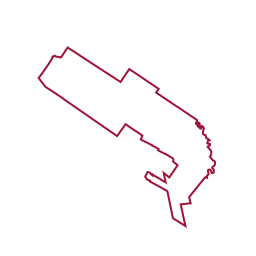 Storobaneasa, Teleorman, Romania (Robinson projection), rotated 214°
{"feature_id": "2599482B47254349291788", "entity_name": "Storobaneasa", "entity_type": "district", "adm_level": 2, "iso_a3": "ROU", "parent_name": "Romania", "parent_adm1": "Teleorman", "projection": "robinson", "projection_center": [25.498, 43.896], "detail": "fine", "context": "isolated", "style": "outline", "palette": "rose", "viewbox_px": 256, "rotation_deg": 214, "n_neighbors": 0, "source": "geoboundaries", "source_scale": "gbopen_adm2", "svg_char_len": 5208}
<svg xmlns="http://www.w3.org/2000/svg" viewBox="0 0 256 256"><g transform="rotate(214 128 128)"><path d="M223.0,161.0L223.0,160.9L223.0,160.2L223.0,158.9L223.1,158.2L223.1,156.8L223.1,155.8L223.0,154.6L223.0,153.8L223.0,153.4L223.0,152.8L223.0,152.6L223.0,151.9L223.0,150.3L223.1,149.6L223.0,149.0L223.4,148.9L223.6,148.9L223.9,148.8L224.2,148.6L224.7,148.3L225.3,148.1L225.8,147.9L226.0,147.8L226.4,147.6L226.6,147.5L226.7,147.3L226.9,147.2L227.1,147.1L227.4,147.0L227.7,146.9L227.8,146.9L228.0,146.9L228.3,146.9L228.5,146.9L228.8,146.9L229.0,147.0L229.4,146.5L229.7,146.1L230.1,145.7L230.3,145.0L230.4,144.8L230.4,144.7L230.3,144.4L230.1,144.3L229.9,144.4L229.8,143.3L229.8,142.5L229.7,141.5L229.7,140.8L229.7,139.9L229.6,139.3L229.6,138.9L229.6,138.4L229.6,137.4L229.6,136.4L229.6,134.9L229.6,133.8L229.6,133.1L229.6,132.1L229.6,131.6L229.7,130.6L229.7,129.9L229.7,129.4L229.6,129.2L229.6,128.8L229.7,128.1L229.7,127.1L229.7,125.6L229.8,124.6L229.8,123.7L229.9,122.4L229.9,121.7L230.0,120.6L230.1,119.5L229.5,119.3L227.4,118.6L226.3,118.2L224.6,117.6L222.6,117.0L221.1,116.5L220.1,116.1L219.6,116.0L218.7,116.0L217.5,116.0L216.4,116.0L214.9,116.1L214.0,116.1L212.6,116.1L211.6,116.1L210.4,116.1L209.5,116.2L208.5,116.2L207.6,116.2L206.0,116.2L204.5,116.1L203.9,116.1L203.7,116.2L202.8,116.2L202.4,116.2L201.6,116.2L200.8,116.2L199.6,116.2L198.8,116.2L198.5,116.1L198.3,116.1L198.2,116.0L197.3,116.0L194.3,116.0L193.2,115.9L191.4,115.9L190.1,115.9L188.1,115.9L185.0,115.8L181.9,115.8L181.0,115.8L180.0,115.8L176.0,115.7L172.8,115.7L170.0,115.7L165.8,115.6L163.2,115.6L158.7,115.5L154.9,115.4L152.1,115.5L149.1,115.4L144.5,115.4L141.4,115.3L138.5,115.3L136.4,115.3L132.5,115.2L132.4,118.5L132.4,121.6L132.2,126.1L132.1,129.8L123.8,129.7L119.5,129.8L114.8,129.8L111.8,129.8L111.0,125.6L110.8,125.6L104.1,126.5L98.4,127.2L98.5,127.0L96.5,127.1L93.1,127.5L90.8,127.7L90.6,126.3L87.1,126.7L86.4,126.8L85.0,127.0L83.0,127.3L81.6,127.5L79.7,127.6L76.1,127.8L73.7,127.9L73.3,127.7L72.5,126.9L72.2,126.2L71.9,125.6L71.9,125.3L70.8,125.3L68.5,125.1L66.6,125.0L66.1,124.9L66.1,113.8L66.2,110.1L67.2,110.2L68.4,110.3L71.1,110.5L73.2,110.7L71.7,109.2L70.3,107.8L69.0,106.6L67.8,105.3L66.4,104.0L67.1,104.0L68.8,103.8L71.3,103.6L71.8,103.8L72.6,103.7L74.7,103.5L77.5,103.3L79.5,103.2L79.8,103.2L80.0,102.9L80.1,102.7L80.3,102.5L80.6,102.4L80.8,102.3L81.0,102.4L81.1,102.7L81.1,103.0L81.4,103.1L81.9,103.2L81.9,102.8L82.2,102.8L82.2,102.5L83.1,102.5L83.3,102.6L83.7,102.9L83.9,103.1L84.6,103.1L85.6,103.1L86.5,102.8L86.7,102.7L86.9,102.6L87.0,102.3L87.2,101.9L87.1,101.6L86.8,99.2L86.6,97.4L86.5,97.2L86.4,97.1L85.4,97.0L84.3,96.5L84.2,96.4L84.2,96.2L83.9,96.0L83.7,96.0L83.3,96.0L82.7,96.2L80.8,96.6L80.3,96.7L80.2,95.9L60.1,97.7L40.4,78.4L39.1,78.4L25.6,78.8L32.4,85.3L41.6,94.2L34.0,100.6L38.7,104.9L36.5,130.3L34.5,131.0L34.7,131.4L35.2,131.7L35.6,132.1L35.8,132.7L35.7,133.3L35.5,134.1L35.3,134.7L36.7,136.1L37.8,137.3L38.1,137.7L37.8,138.6L37.1,139.2L36.4,139.4L35.6,139.2L34.5,138.4L33.7,137.6L33.3,137.6L32.6,137.9L32.3,138.2L32.1,139.2L33.4,141.2L34.6,141.7L35.5,141.8L36.0,142.2L36.2,142.5L36.0,143.4L35.6,144.3L35.4,145.3L35.6,146.6L36.7,148.2L37.4,148.8L38.3,149.0L39.6,148.6L40.8,149.1L42.3,149.4L43.5,149.8L44.2,150.3L43.9,151.2L44.0,151.9L44.8,153.5L45.8,155.2L47.1,155.7L48.8,156.3L50.0,156.5L50.8,156.6L51.5,157.1L51.0,157.9L50.6,159.2L50.5,159.8L50.9,160.5L51.3,160.7L52.2,160.1L53.1,159.7L53.7,159.6L54.6,162.4L53.5,163.4L54.1,163.6L54.7,163.8L56.1,163.6L56.6,163.5L57.7,163.4L58.5,164.2L59.0,164.9L59.5,165.4L60.3,165.3L61.4,164.8L62.7,165.1L64.0,167.3L64.5,169.1L64.8,170.0L65.9,170.8L66.6,171.0L66.8,171.0L67.0,171.0L67.4,171.0L67.6,170.9L68.0,170.8L68.3,170.7L68.6,170.5L68.7,170.3L68.8,170.2L68.7,170.0L68.6,169.9L68.3,169.8L67.9,169.7L67.4,169.4L67.2,169.1L67.0,168.9L67.0,168.7L67.1,168.4L67.3,168.2L67.6,168.0L67.8,167.9L68.0,167.9L68.2,168.0L68.4,168.1L68.7,168.2L68.8,168.3L68.9,168.5L69.0,168.6L69.3,168.7L69.6,168.7L69.8,168.7L70.0,168.6L70.1,168.4L70.3,168.4L70.6,168.4L70.8,168.4L71.1,168.5L71.3,168.6L71.5,168.9L71.6,169.0L71.5,169.6L71.4,169.8L71.1,170.1L70.7,170.5L70.6,170.9L70.6,171.0L70.8,171.3L71.0,171.6L71.1,171.8L71.3,171.9L71.5,171.9L71.8,172.0L72.0,172.1L72.4,172.0L72.6,171.9L72.8,171.7L73.0,171.4L72.9,171.2L72.7,171.0L72.4,170.7L72.3,170.3L72.4,170.1L72.5,170.0L72.5,169.8L72.6,169.7L72.8,169.6L73.2,169.4L73.3,169.3L73.6,169.4L73.8,169.5L74.2,169.9L74.4,170.0L74.5,170.5L74.5,171.1L74.5,171.5L74.7,172.1L74.8,172.2L74.8,172.4L74.8,172.6L74.9,172.8L75.1,173.1L75.5,173.3L77.6,173.2L81.4,173.2L84.6,173.2L88.4,173.2L93.7,173.2L97.3,173.2L101.8,173.1L106.4,173.1L110.6,173.1L114.3,173.1L119.4,173.1L122.5,173.1L124.5,173.1L124.5,177.6L139.0,177.6L159.9,177.6L159.9,162.0L181.0,161.6L181.3,161.6L181.8,161.6L183.0,161.6L184.5,161.5L185.7,161.5L186.6,161.5L187.5,161.5L188.6,161.5L189.7,161.5L190.7,161.4L191.9,161.4L192.8,161.4L193.1,161.4L193.2,161.5L194.8,161.4L196.6,161.4L198.5,161.3L200.7,161.3L203.9,161.3L206.5,161.2L208.3,161.2L209.5,161.2L209.9,161.2L210.2,161.2L210.3,161.2L211.3,161.2L212.6,161.2L213.9,161.2L214.7,161.2L215.0,161.2L216.3,161.1L217.6,161.1L219.1,161.0L220.6,161.0L221.8,161.0L223.0,161.0Z" fill="none" stroke="#9f1239" stroke-width="2"/></g></svg>